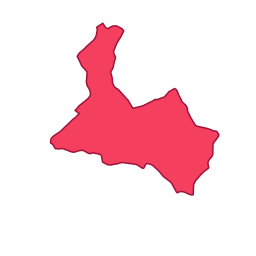 the Province of Parwan, rotated 225°
{"feature_id": "AFG-1772", "entity_name": "Parwan", "entity_type": "Province", "adm_level": 1, "iso_a3": "AFG", "parent_name": "Afghanistan", "parent_adm1": "", "projection": "orthographic", "projection_center": [68.914, 35.004], "detail": "fine", "context": "isolated", "style": "filled", "palette": "rose", "viewbox_px": 256, "rotation_deg": 225, "n_neighbors": 0, "source": "natural_earth", "source_scale": "10m", "svg_char_len": 2262}
<svg xmlns="http://www.w3.org/2000/svg" viewBox="0 0 256 256"><g transform="rotate(225 128 128)"><path d="M148.1,147.8L138.7,145.4L138.2,145.9L133.3,153.9L129.5,165.2L129.1,167.3L127.4,168.8L124.2,175.8L124.7,182.6L123.0,188.8L121.3,189.3L119.3,188.9L115.3,187.1L110.7,185.8L108.8,184.9L107.8,184.7L103.8,184.9L102.1,184.8L100.2,184.0L97.9,182.2L97.2,181.8L96.7,181.6L94.4,181.0L92.5,180.1L82.9,177.7L81.6,177.7L79.8,178.5L72.0,183.5L68.0,185.5L65.9,186.2L65.1,186.7L64.0,187.8L63.4,188.1L62.4,188.2L60.0,187.8L59.2,187.6L58.6,186.9L58.2,186.2L57.4,181.5L57.2,179.1L56.8,177.9L56.2,176.3L49.5,169.5L48.9,168.2L48.4,166.4L48.2,163.2L47.3,160.3L45.8,159.0L43.4,157.5L43.0,157.1L42.7,156.2L43.4,151.4L43.6,146.6L43.2,143.1L43.1,139.0L41.5,134.3L34.7,126.9L35.7,125.6L38.5,124.1L42.1,122.9L44.0,121.8L45.5,120.6L46.3,119.6L46.8,118.8L46.9,118.1L47.0,117.4L47.5,117.0L48.3,116.9L57.9,119.7L59.8,119.9L68.4,118.7L76.4,119.4L83.0,119.1L85.7,118.6L89.3,116.6L89.8,114.9L89.7,114.4L89.5,113.6L88.8,112.1L88.6,111.2L88.5,110.8L88.9,110.1L89.7,109.7L95.6,108.4L97.5,107.3L107.1,99.9L107.4,99.8L108.3,98.7L110.3,95.0L112.4,92.2L113.7,90.0L115.0,88.8L116.2,87.9L116.9,87.4L121.9,85.9L127.3,89.7L128.6,89.6L129.7,89.3L135.5,85.4L136.4,83.4L137.0,82.8L138.1,82.1L143.6,80.5L144.5,79.9L145.3,79.0L146.6,77.2L148.8,73.1L149.8,72.0L151.2,71.1L157.8,68.1L158.6,67.8L159.5,67.3L160.5,66.4L161.8,64.6L164.8,62.0L169.5,63.1L171.2,63.0L172.0,62.7L172.9,63.3L175.0,66.4L174.9,70.3L173.4,77.5L173.1,95.4L172.6,98.2L172.8,103.7L177.7,103.0L178.3,109.1L177.3,117.9L177.1,121.0L177.6,124.1L179.6,126.5L183.1,128.2L186.7,129.0L188.8,130.3L190.5,131.5L193.0,134.8L196.7,138.8L204.6,139.2L210.3,141.3L214.6,142.8L215.4,146.4L214.9,153.0L215.0,156.3L214.5,164.2L214.6,167.1L215.2,169.1L216.0,171.2L216.7,172.3L217.5,173.2L218.3,174.6L219.1,175.6L219.9,176.3L221.3,177.0L221.3,178.2L221.0,179.2L219.9,184.2L215.4,183.3L213.7,183.3L212.6,184.0L212.0,185.8L211.6,187.5L211.0,189.1L209.4,191.1L207.6,192.4L202.4,194.0L199.6,193.6L197.5,187.1L195.8,179.9L192.5,172.2L190.2,170.3L187.6,169.7L186.2,168.5L185.3,166.5L181.0,159.6L179.9,155.4L174.4,152.1L172.9,150.7L170.6,148.9L168.3,147.9L165.7,147.5L161.9,148.4L150.0,147.7L148.1,147.8Z" fill="#f43f5e" stroke="#9f1239" stroke-width="1.5"/></g></svg>